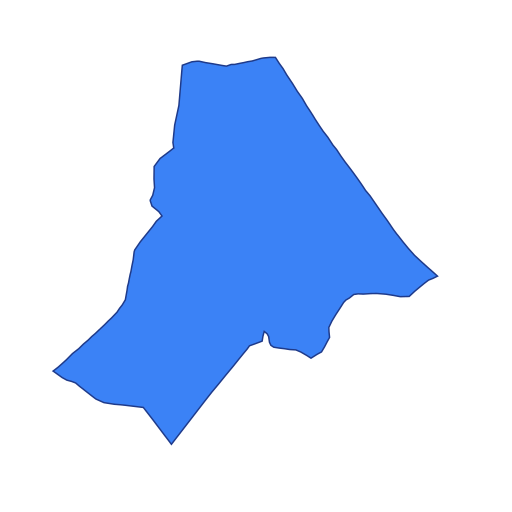 Al-Ramadi, Al-Anbar, Iraq (Natural Earth projection), rotated 189°
{"feature_id": "34846034B54493291917017", "entity_name": "Al-Ramadi", "entity_type": "district", "adm_level": 2, "iso_a3": "IRQ", "parent_name": "Iraq", "parent_adm1": "Al-Anbar", "projection": "natural_earth1", "projection_center": [43.152, 33.24], "detail": "fine", "context": "isolated", "style": "filled", "palette": "blue", "viewbox_px": 512, "rotation_deg": 189, "n_neighbors": 0, "source": "geoboundaries", "source_scale": "gbopen_adm2", "svg_char_len": 2317}
<svg xmlns="http://www.w3.org/2000/svg" viewBox="0 0 512 512"><g transform="rotate(189 256 256)"><path d="M358.6,432.9L358.2,426.9L355.7,392.6L356.8,372.6L355.8,355.1L354.1,349.7L354.4,349.5L358.6,345.0L366.0,337.3L370.6,328.5L368.8,316.1L366.9,307.6L367.5,299.8L369.2,294.9L369.1,294.0L366.5,289.0L358.9,284.6L355.1,280.8L359.9,274.7L362.8,268.8L372.4,252.1L376.2,244.1L376.7,243.1L377.0,241.1L376.7,233.0L377.0,226.4L377.1,221.2L377.4,218.1L377.6,213.6L377.7,209.4L378.1,206.0L378.0,201.8L378.1,197.0L378.2,192.1L378.4,191.8L380.5,186.6L382.5,183.1L384.5,178.7L389.0,172.2L391.6,168.9L394.8,164.4L399.1,158.9L402.6,154.3L405.6,150.8L408.6,146.7L412.6,142.1L416.5,136.8L422.0,130.9L427.0,123.9L433.8,115.5L438.4,110.6L428.4,105.6L423.4,103.8L418.6,103.3L414.3,102.4L409.9,99.7L396.4,92.2L391.8,89.7L389.9,89.2L383.3,87.4L378.5,87.4L372.7,87.4L366.3,87.9L362.4,88.1L343.6,88.8L332.1,78.0L317.6,64.0L314.1,60.7L310.1,56.8L284.0,104.5L278.5,114.4L273.0,123.6L267.1,133.8L261.1,143.9L256.6,151.8L252.7,158.5L250.3,162.5L248.4,166.3L244.0,168.7L239.2,171.4L236.6,172.9L236.6,177.7L236.1,182.8L232.8,180.9L230.9,178.4L229.2,172.9L227.3,170.1L224.2,168.7L218.8,168.7L213.3,168.9L208.1,168.9L202.0,169.5L196.8,168.2L190.8,165.9L185.7,163.7L180.1,168.6L176.3,171.5L174.1,177.0L172.4,182.1L170.6,187.1L172.0,192.4L172.9,196.8L170.8,203.8L167.9,210.9L165.1,217.1L162.2,223.8L160.3,226.6L157.2,229.1L153.4,233.3L149.2,234.6L144.0,235.2L136.5,236.9L130.6,237.9L121.7,238.6L114.1,238.6L107.1,238.4L101.8,239.4L98.4,240.0L93.7,246.0L90.4,249.8L85.8,255.0L81.8,259.2L77.7,261.6L73.9,264.3L73.6,264.5L77.4,267.0L84.2,271.3L91.6,276.1L99.5,281.4L106.7,287.3L112.9,292.8L119.0,298.5L120.5,299.8L124.3,303.5L132.1,311.8L138.2,317.9L145.4,325.5L152.8,333.3L158.1,337.9L159.7,339.7L163.1,343.4L168.2,348.7L173.2,353.7L177.3,357.7L182.7,362.8L188.3,368.5L193.1,373.8L197.4,377.6L203.6,384.5L209.3,389.8L213.6,394.4L219.2,400.6L221.8,403.7L225.8,408.2L229.5,412.2L234.9,418.9L240.9,425.0L246.7,431.8L254.1,439.8L258.6,445.3L263.2,449.9L267.9,455.2L273.2,454.4L279.8,452.7L282.1,451.9L287.1,449.5L290.3,448.0L294.6,446.6L298.6,445.0L302.0,443.8L307.0,441.9L310.5,441.3L314.9,438.9L319.8,438.9L328.8,439.1L336.0,439.1L342.6,439.5L344.9,439.1L349.7,437.8L356.4,434.1L358.6,432.9Z" fill="#3b82f6" stroke="#1e3a8a" stroke-width="1.5"/></g></svg>